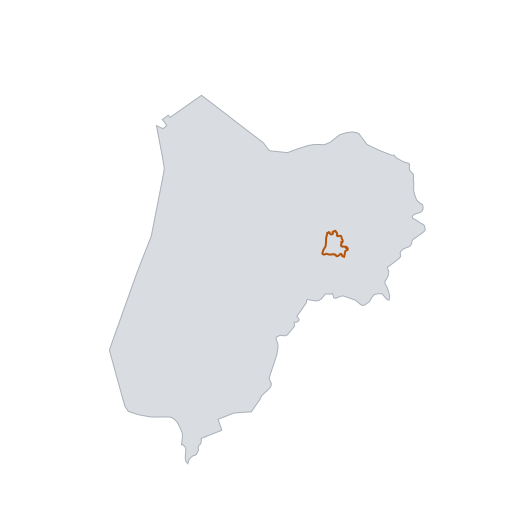 Daquq, At-Ta'mim, Iraq (highlighted), rotated 69°
{"feature_id": "34846034B46783343918511", "entity_name": "Daquq", "entity_type": "district", "adm_level": 2, "iso_a3": "IRQ", "parent_name": "Iraq", "parent_adm1": "At-Ta'mim", "projection": "natural_earth1", "projection_center": [44.248, 34.995], "detail": "fine", "context": "in_parent", "style": "outline", "palette": "amber", "viewbox_px": 512, "rotation_deg": 69, "n_neighbors": 0, "source": "geoboundaries", "source_scale": "gbopen_adm2", "svg_char_len": 4965}
<svg xmlns="http://www.w3.org/2000/svg" viewBox="0 0 512 512"><g transform="rotate(69 256 256)"><path d="M211.2,90.9L214.5,90.0L220.6,84.9L224.2,80.2L225.4,79.8L228.6,81.3L230.9,81.8L236.2,79.9L239.3,80.9L242.0,82.1L243.5,82.2L250.6,85.1L252.3,85.5L256.0,85.9L261.5,86.0L265.0,84.1L267.5,82.2L269.2,82.3L270.9,82.7L272.3,83.5L273.6,84.9L274.1,86.9L273.9,93.3L274.4,95.0L275.4,96.2L276.6,96.4L278.1,95.0L280.7,93.0L283.9,90.8L286.3,88.8L287.6,88.0L289.8,88.1L291.9,88.5L293.1,89.5L293.1,89.8L294.2,92.8L297.0,104.0L298.6,105.4L300.5,106.6L301.8,108.3L302.3,109.9L302.1,112.5L302.2,115.5L302.9,117.9L304.0,119.6L305.0,120.5L306.4,120.6L308.2,121.0L309.4,122.8L313.2,135.5L313.5,137.2L315.1,137.7L317.7,137.5L320.4,138.8L323.2,140.9L325.9,144.7L327.8,145.4L333.4,144.8L341.1,145.4L344.8,147.4L344.4,148.7L341.6,150.1L336.7,151.7L335.3,154.4L334.5,158.0L334.6,160.0L335.9,162.2L339.4,166.6L339.6,168.2L340.2,170.4L340.8,171.9L340.1,174.8L337.0,176.8L332.9,179.0L324.6,188.8L324.0,190.9L324.0,196.6L323.2,198.3L320.6,198.2L318.5,197.9L318.4,200.0L317.1,202.7L316.4,205.0L319.5,210.5L320.0,213.5L319.5,216.1L316.7,220.7L315.0,223.9L315.5,224.5L317.7,225.8L324.6,235.9L326.9,239.5L329.8,238.5L330.9,238.6L331.7,239.2L332.3,240.4L332.3,241.9L331.5,244.2L335.3,245.1L336.6,247.4L341.0,255.3L340.9,257.7L338.8,261.4L338.8,263.9L339.2,266.1L339.9,266.9L346.3,267.2L349.1,268.1L355.8,272.1L363.4,278.3L369.6,283.4L375.0,287.7L380.6,287.4L382.2,288.2L383.6,289.5L385.3,293.1L388.6,301.1L391.4,303.8L395.7,310.2L399.8,316.2L397.2,324.4L394.7,333.0L394.8,344.0L394.9,349.9L400.3,350.1L406.4,350.4L406.5,357.5L406.6,364.6L406.7,372.7L408.5,373.0L411.4,374.8L412.6,377.4L414.2,378.8L416.0,379.0L417.8,380.3L419.7,382.7L420.3,384.5L419.9,385.7L420.3,387.8L421.6,390.9L423.1,392.3L425.5,394.1L422.3,395.1L418.8,394.3L411.3,390.7L408.9,390.6L405.8,392.0L405.7,393.2L397.8,389.2L395.0,388.4L393.9,388.3L389.4,388.4L383.0,389.1L379.3,390.7L376.7,392.4L375.5,394.1L375.1,395.0L373.1,400.0L370.8,406.4L368.4,412.1L363.6,420.2L361.0,423.9L355.4,430.9L349.3,432.2L335.0,430.9L319.2,429.4L303.5,427.8L291.9,426.7L291.0,426.4L279.4,416.5L270.3,408.6L258.9,398.9L247.3,388.9L235.5,378.8L227.0,371.4L216.7,362.0L207.3,353.4L199.9,346.6L190.3,340.6L182.9,336.0L172.1,329.2L163.5,323.8L156.1,319.2L144.7,312.0L140.9,310.1L129.1,307.7L117.9,305.7L106.3,303.6L98.6,302.2L103.8,297.2L102.3,292.6L98.5,293.4L95.1,294.5L93.1,287.4L95.8,286.6L93.5,277.3L91.1,267.8L88.8,258.6L86.5,249.3L96.4,243.2L103.7,238.7L114.0,232.4L123.9,226.4L133.4,220.6L143.8,214.2L153.0,208.5L161.5,206.2L163.3,204.4L167.2,196.6L170.6,190.0L170.8,188.5L170.9,179.0L171.5,168.0L172.7,162.1L174.6,156.9L176.4,153.1L176.6,149.5L176.4,145.9L174.7,140.4L172.8,134.7L173.1,129.2L173.5,126.3L174.7,121.6L176.7,118.2L178.9,116.0L186.8,113.8L191.6,112.5L197.9,106.5L201.7,102.9L207.0,97.1L210.8,92.9L211.2,91.5L211.2,90.9Z" fill="#d9dde1" stroke="#a8b0b8" stroke-width="1"/><path d="M278.9,192.3L278.9,192.0L279.1,191.5L279.1,191.0L279.2,190.4L279.1,190.0L279.1,189.7L279.3,189.2L280.0,188.3L280.2,188.0L280.7,187.3L280.9,187.2L281.0,186.8L281.4,185.7L281.6,184.9L281.7,184.6L281.8,184.3L281.9,183.3L282.0,182.9L282.5,182.7L282.8,182.5L283.2,181.3L283.8,181.2L284.3,181.1L284.8,181.0L285.3,180.4L285.3,179.7L285.2,179.2L285.0,178.1L284.9,177.7L284.5,177.0L284.4,176.5L284.4,176.1L284.6,175.8L284.8,175.6L285.0,175.6L285.3,175.5L285.6,175.6L285.8,175.6L286.1,175.5L286.4,175.5L286.6,175.4L287.1,175.4L287.9,174.5L288.3,174.0L287.7,173.6L286.9,173.1L286.6,172.9L286.0,172.5L285.7,172.3L285.3,172.1L284.7,171.8L284.4,171.5L284.0,171.2L283.5,171.0L283.3,170.5L283.2,169.7L283.2,169.3L283.1,168.3L282.7,168.1L282.5,167.9L281.8,167.7L281.6,167.7L281.2,167.9L281.2,168.5L281.0,168.9L280.6,169.1L280.4,169.0L280.3,168.7L280.1,168.3L279.7,168.6L279.4,168.9L279.4,169.4L279.2,169.6L279.1,170.2L278.9,170.4L278.6,170.9L278.4,171.4L278.2,171.7L278.0,172.1L277.9,172.4L277.7,172.7L277.1,172.9L276.3,172.7L276.2,172.5L275.8,172.5L275.5,172.3L275.3,172.0L274.9,171.7L274.6,171.4L274.1,171.4L273.7,171.3L273.9,171.0L274.0,170.7L274.0,170.3L273.7,170.1L273.3,169.8L272.9,169.7L272.4,169.5L272.1,169.5L271.7,169.5L270.7,169.7L270.1,169.7L269.5,169.5L268.8,169.4L267.9,169.5L267.5,169.9L267.2,170.5L267.0,171.1L266.9,171.9L266.8,172.7L266.2,173.0L265.7,173.1L265.0,172.7L264.5,172.3L263.8,172.2L262.8,172.3L262.5,172.7L261.7,172.7L261.0,172.9L260.8,173.2L260.9,173.8L261.0,174.3L261.0,175.1L260.9,175.7L261.3,176.1L261.9,176.1L262.4,176.1L262.9,176.6L262.9,177.3L262.8,178.2L262.1,178.8L261.7,178.9L261.1,179.0L260.3,179.0L259.8,179.6L260.0,179.9L260.3,180.3L260.3,181.0L260.1,181.2L260.8,181.7L261.6,182.1L262.0,182.5L263.0,183.1L263.4,183.4L264.1,183.9L264.7,184.2L265.6,184.7L266.2,184.9L267.4,185.3L269.3,186.2L269.7,186.4L271.1,187.2L272.1,187.8L272.5,188.4L273.4,189.5L274.3,190.6L274.7,191.1L275.1,191.4L275.9,192.0L276.7,192.6L277.4,193.1L277.7,193.2L278.1,193.0L278.7,192.5L278.9,192.3Z" fill="none" stroke="#b45309" stroke-width="2"/></g></svg>